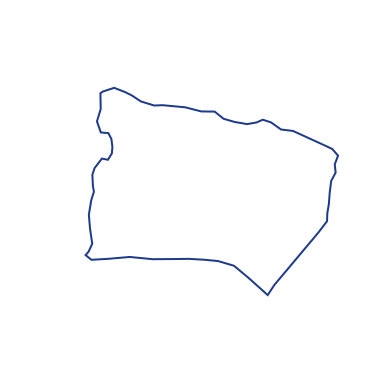 outline of Haparanda, Norrbotten, Sweden, rotated 302°
{"feature_id": "70781695B66074520393344", "entity_name": "Haparanda", "entity_type": "district", "adm_level": 2, "iso_a3": "SWE", "parent_name": "Sweden", "parent_adm1": "Norrbotten", "projection": "mercator", "projection_center": [23.793, 65.969], "detail": "fine", "context": "isolated", "style": "outline", "palette": "blue", "viewbox_px": 384, "rotation_deg": 302, "n_neighbors": 0, "source": "geoboundaries", "source_scale": "gbopen_adm2", "svg_char_len": 915}
<svg xmlns="http://www.w3.org/2000/svg" viewBox="0 0 384 384"><g transform="rotate(302 192 192)"><path d="M82.1,135.2L81.2,142.6L90.3,155.5L103.9,173.6L114.2,194.3L127.8,215.7L133.6,224.7L140.7,237.6L147.2,250.6L151.7,266.7L149.1,285.5L144.7,310.8L157.0,311.1L177.3,314.0L224.2,320.6L238.8,322.0L245.7,318.0L254.4,314.4L264.9,308.9L275.1,304.2L284.6,303.5L291.1,298.4L300.2,296.6L302.8,288.2L301.3,275.9L299.1,259.1L297.3,245.3L292.2,234.4L292.9,222.0L290.8,213.7L285.3,210.0L278.8,202.8L274.0,191.1L270.8,179.9L272.2,168.6L265.3,157.3L260.2,141.3L250.0,121.0L245.3,114.1L241.7,100.6L242.0,89.7L241.3,82.4L239.1,70.8L230.0,63.2L227.2,62.0L214.0,70.6L201.5,74.0L194.2,83.1L197.6,89.9L194.2,95.6L187.9,100.7L182.2,103.6L174.8,103.6L172.6,97.9L160.6,96.7L153.8,98.4L144.7,104.7L140.2,108.7L131.7,110.9L118.0,116.6L106.7,125.1L95.3,134.8L86.8,135.9L82.1,135.2Z" fill="none" stroke="#1e3a8a" stroke-width="2"/></g></svg>